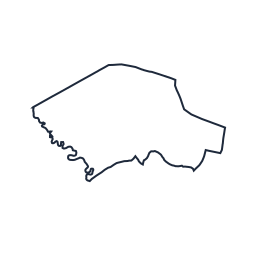 outline of Yalimo, Papua, Indonesia, rotated 212°
{"feature_id": "22746128B10188501962211", "entity_name": "Yalimo", "entity_type": "district", "adm_level": 2, "iso_a3": "IDN", "parent_name": "Indonesia", "parent_adm1": "Papua", "projection": "orthographic", "projection_center": [139.502, -3.785], "detail": "fine", "context": "isolated", "style": "outline", "palette": "slate", "viewbox_px": 256, "rotation_deg": 212, "n_neighbors": 0, "source": "geoboundaries", "source_scale": "gbopen_adm2", "svg_char_len": 3585}
<svg xmlns="http://www.w3.org/2000/svg" viewBox="0 0 256 256"><g transform="rotate(212 128 128)"><path d="M133.1,62.5L132.3,62.7L131.7,65.7L131.6,65.8L129.5,71.0L126.9,76.5L125.6,80.2L123.8,83.8L122.1,85.7L120.6,89.2L119.1,92.2L117.8,93.6L116.6,94.8L113.6,97.9L110.7,99.9L109.9,100.8L107.9,102.2L107.1,104.8L106.8,108.0L104.8,107.2L102.6,106.5L101.3,105.6L100.0,105.2L98.1,104.8L96.1,104.9L96.8,106.8L97.4,109.0L96.7,110.2L96.0,112.5L96.1,115.0L96.4,116.2L96.7,118.4L96.0,120.5L94.1,121.6L93.0,122.7L92.9,122.7L89.7,123.2L86.3,122.9L85.6,122.7L83.6,121.7L82.8,121.4L81.7,121.1L80.6,120.2L78.1,119.6L77.8,119.6L74.9,119.4L73.4,119.4L70.7,119.8L69.2,120.4L67.5,120.8L66.8,121.2L65.9,121.7L65.0,122.2L63.7,123.3L62.3,124.6L60.8,124.4L59.2,125.5L57.5,126.3L56.1,127.0L55.6,127.2L53.6,128.0L51.3,127.9L49.6,126.7L49.1,129.2L47.8,134.2L47.7,136.0L47.6,139.4L48.1,142.5L48.5,144.5L50.4,150.5L47.4,151.5L46.1,152.0L36.4,155.6L36.7,158.5L36.8,159.2L37.5,160.8L39.2,164.5L39.3,164.9L41.1,168.5L41.8,170.0L42.6,171.9L43.8,174.8L44.4,176.2L45.1,177.8L45.9,179.8L53.4,178.3L58.1,177.3L62.1,176.5L68.7,175.1L70.2,174.8L81.3,173.1L81.9,173.1L83.8,173.2L90.3,173.6L93.2,175.9L96.1,178.3L99.0,180.7L101.9,182.8L105.2,185.0L106.4,185.7L110.6,188.9L113.3,193.9L117.7,193.1L130.9,189.9L137.6,188.2L139.7,187.2L142.2,186.4L145.5,185.4L145.8,185.4L147.6,184.9L153.9,183.7L160.2,181.3L166.2,178.9L167.2,178.5L169.4,177.0L170.1,176.5L172.3,174.9L173.8,173.8L177.8,171.1L179.0,168.9L179.9,167.2L183.0,161.7L184.0,159.7L184.6,158.7L185.7,156.7L186.5,155.2L193.7,142.2L195.4,139.1L197.6,135.1L204.9,121.8L208.8,114.9L217.7,98.6L219.5,95.4L219.6,95.0L219.3,95.2L219.0,95.2L218.8,95.1L218.7,94.9L218.6,94.7L218.5,94.2L218.4,94.0L218.3,93.8L218.2,93.6L218.0,93.3L217.8,93.0L217.7,92.7L217.3,92.1L217.2,92.0L216.9,91.9L216.6,91.4L216.3,91.1L215.9,90.6L215.4,90.0L215.1,89.3L214.8,88.8L214.3,88.2L213.7,87.7L213.3,87.5L212.7,87.5L211.9,87.5L209.8,88.7L208.0,87.9L206.9,86.6L205.3,86.0L203.8,86.6L202.7,87.8L201.1,87.8L200.9,86.9L202.0,86.0L202.3,84.4L201.7,83.8L200.2,83.9L199.1,84.1L197.8,84.2L196.3,83.7L195.2,83.3L194.0,82.5L192.9,83.0L192.1,83.9L191.3,84.3L191.4,83.4L191.6,82.2L190.9,81.6L189.6,81.3L188.6,81.0L190.0,80.0L189.3,78.9L189.0,79.0L188.1,79.4L187.2,79.9L186.0,78.7L185.8,77.1L185.5,75.9L184.4,75.0L183.5,75.3L182.6,76.5L182.3,78.0L181.5,79.1L180.4,78.9L179.3,77.6L178.4,76.6L177.4,76.2L176.1,76.7L175.8,77.9L176.6,79.3L177.2,80.7L175.6,81.7L174.1,80.3L174.0,77.9L172.9,76.4L171.4,76.6L169.9,78.1L168.7,80.4L168.2,80.8L167.2,81.6L165.9,81.8L164.2,81.1L163.8,80.8L163.0,79.9L160.0,80.9L158.9,80.0L158.2,78.6L157.9,77.4L158.5,76.3L159.6,75.5L161.2,75.1L162.6,74.4L163.3,73.8L163.5,73.6L163.8,72.5L163.2,71.2L162.5,70.4L161.2,70.1L160.2,70.3L158.9,71.0L157.6,71.7L156.3,72.8L155.3,74.2L154.5,75.3L153.8,76.2L153.1,77.4L152.5,77.7L151.1,78.2L149.8,78.3L148.1,77.5L146.8,76.4L145.5,76.0L144.1,75.6L142.5,74.8L142.0,74.6L141.7,74.3L141.4,74.0L141.4,73.7L141.3,73.2L141.5,72.7L141.6,72.1L141.8,71.5L141.9,71.0L142.0,70.3L141.8,69.6L141.4,69.1L141.1,68.8L140.7,68.5L139.9,68.3L139.3,68.5L138.8,68.6L138.2,69.1L137.8,69.6L137.3,70.2L137.1,71.2L137.3,72.0L137.4,72.4L137.6,72.9L137.7,73.3L137.7,73.8L137.1,74.4L136.2,74.8L135.7,74.6L135.3,74.2L135.1,73.6L135.0,72.9L134.9,72.4L134.8,72.0L134.5,71.2L134.2,70.5L134.2,69.8L134.6,69.1L135.1,68.6L135.6,68.4L136.3,68.2L137.1,68.0L137.8,67.3L138.2,66.7L138.2,65.9L138.0,65.2L137.5,64.5L137.2,64.1L136.9,63.7L136.7,63.1L136.5,62.7L136.1,62.5L135.5,62.2L134.9,62.1L134.1,62.2L133.5,62.4L133.4,62.4L133.1,62.5Z" fill="none" stroke="#1e293b" stroke-width="2"/></g></svg>